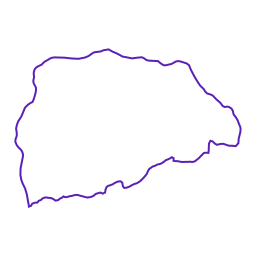 Colômbia, São Paulo, Brazil (orthographic projection)
{"feature_id": "56859067B65485481893344", "entity_name": "Colômbia", "entity_type": "district", "adm_level": 2, "iso_a3": "BRA", "parent_name": "Brazil", "parent_adm1": "São Paulo", "projection": "orthographic", "projection_center": [-48.706, -20.274], "detail": "fine", "context": "isolated", "style": "outline", "palette": "violet", "viewbox_px": 256, "rotation_deg": 0, "n_neighbors": 0, "source": "geoboundaries", "source_scale": "gbopen_adm2", "svg_char_len": 2528}
<svg xmlns="http://www.w3.org/2000/svg" viewBox="0 0 256 256"><path d="M29.0,206.6L30.9,205.9L32.2,203.7L35.3,202.6L37.4,202.6L38.7,200.8L40.9,200.0L42.6,198.4L45.4,197.4L48.6,197.8L51.5,198.2L53.4,199.1L55.5,200.6L58.2,200.1L60.1,198.5L62.0,197.7L63.4,196.4L65.3,197.2L67.5,196.9L70.1,196.1L72.0,195.9L73.8,195.3L75.8,194.9L77.8,195.0L80.8,195.9L84.1,196.7L85.8,197.2L87.6,197.5L90.9,197.0L93.4,195.9L95.8,193.9L98.4,193.1L100.5,192.6L102.7,193.6L105.1,192.5L105.5,189.8L106.4,187.3L107.8,186.0L110.6,185.1L112.7,184.3L114.7,183.0L117.6,181.6L120.6,181.3L122.3,182.7L122.9,186.3L124.2,187.9L126.5,187.7L129.3,186.7L132.2,185.0L134.8,183.8L136.8,183.3L140.0,181.3L142.7,178.7L144.9,176.3L146.9,173.7L148.0,171.0L149.4,168.8L151.1,167.7L152.7,166.5L155.1,165.8L157.4,164.5L160.1,164.0L162.4,162.8L164.5,161.3L165.8,160.2L167.6,159.5L169.8,158.5L171.8,157.2L173.6,158.2L173.5,160.8L175.4,161.1L177.4,161.1L179.6,161.6L182.3,162.0L184.8,161.9L187.9,161.9L190.2,161.7L192.4,162.0L194.7,161.4L196.8,159.8L198.7,158.3L200.1,156.8L203.9,153.0L205.7,152.7L208.4,152.9L208.7,150.6L208.8,147.5L209.0,143.6L210.4,140.8L212.5,141.3L215.0,143.7L217.1,144.8L220.2,144.0L223.3,143.8L227.9,145.4L229.9,145.8L232.0,145.7L234.0,146.0L235.8,146.1L238.4,143.1L238.7,138.7L240.3,132.2L240.6,129.0L240.3,127.1L238.6,123.0L237.8,120.6L236.1,117.7L233.6,114.4L232.8,110.8L231.5,108.6L229.2,107.1L227.3,106.6L224.5,107.0L222.7,106.0L220.5,103.0L218.2,100.9L216.5,99.5L213.1,95.9L211.6,94.9L209.9,94.3L207.0,93.4L205.0,91.3L203.8,89.1L200.4,85.9L198.5,83.2L197.2,81.1L194.4,76.5L193.3,74.4L190.9,69.8L189.0,65.2L186.8,63.5L183.2,62.3L180.6,61.5L178.6,61.1L176.1,61.4L171.4,64.0L167.3,64.9L165.0,65.4L163.2,65.0L161.5,63.9L159.3,62.3L158.1,61.1L155.8,61.0L148.5,60.6L146.4,60.0L143.6,58.0L141.8,57.3L137.9,57.6L132.1,58.4L124.5,56.9L122.3,56.5L120.0,55.1L117.1,53.6L115.4,52.8L112.9,51.8L111.2,50.9L108.6,49.4L105.6,49.9L103.7,50.2L100.5,51.5L94.8,52.2L93.1,52.8L88.6,56.0L85.1,57.5L78.6,58.8L72.0,58.5L64.7,57.7L54.4,57.4L52.3,57.7L50.2,58.4L48.4,59.6L44.4,61.8L41.5,64.7L37.8,66.5L36.3,67.4L34.8,69.1L33.9,71.7L33.7,73.7L34.1,77.1L33.6,79.1L33.3,81.1L33.7,83.4L35.9,87.4L36.0,90.4L35.4,93.5L34.0,98.5L32.6,101.9L29.8,103.4L26.6,105.9L24.9,107.9L21.4,116.4L18.3,121.2L17.4,123.4L16.5,126.4L16.1,128.9L16.7,132.3L16.8,135.3L16.4,137.0L15.5,139.3L15.4,142.0L16.8,145.2L18.4,147.3L20.8,149.6L22.0,151.3L22.9,153.9L23.0,156.1L20.6,168.2L20.4,174.9L21.3,179.8L22.6,183.4L25.1,188.5L26.8,194.3L29.0,206.6Z" fill="none" stroke="#5b21b6" stroke-width="2"/></svg>